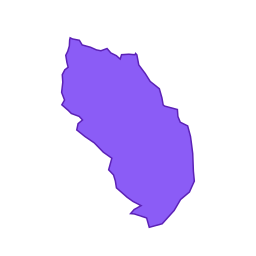 outline of Lasa, Paphos, Cyprus, rotated 346°
{"feature_id": "46923920B95604780188390", "entity_name": "Lasa", "entity_type": "district", "adm_level": 2, "iso_a3": "CYP", "parent_name": "Cyprus", "parent_adm1": "Paphos", "projection": "natural_earth1", "projection_center": [32.523, 34.936], "detail": "fine", "context": "isolated", "style": "filled", "palette": "violet", "viewbox_px": 256, "rotation_deg": 346, "n_neighbors": 0, "source": "geoboundaries", "source_scale": "gbopen_adm2", "svg_char_len": 1000}
<svg xmlns="http://www.w3.org/2000/svg" viewBox="0 0 256 256"><g transform="rotate(346 128 128)"><path d="M93.7,26.5L92.7,28.4L90.9,34.3L88.1,39.0L85.2,42.4L84.6,49.4L84.6,54.6L80.8,56.2L77.1,60.4L75.8,67.8L72.2,77.4L73.2,85.5L69.4,89.5L74.3,96.5L76.5,100.2L83.4,104.9L85.8,109.2L80.6,111.7L77.8,117.5L84.2,125.9L91.7,134.3L98.2,145.5L105.0,153.4L99.1,163.9L102.6,170.0L102.9,176.3L102.3,183.3L106.5,189.3L110.4,195.0L115.1,200.5L121.9,206.5L114.2,208.6L109.8,211.7L113.3,212.9L124.3,219.8L124.6,229.5L138.0,229.2L152.8,219.2L154.2,217.8L161.7,210.1L172.1,205.0L173.2,203.6L179.5,195.6L181.0,185.7L184.6,168.5L185.8,158.5L186.6,151.3L186.4,140.4L180.1,135.0L179.2,128.9L180.4,122.0L168.8,115.6L167.7,114.1L168.2,106.9L167.9,97.5L160.8,88.2L157.9,79.4L153.7,69.4L154.3,59.2L153.4,57.5L152.5,58.6L146.7,56.6L139.5,55.3L137.1,59.2L134.2,55.0L129.5,51.0L126.9,45.8L120.4,46.5L116.3,44.6L111.2,40.6L103.6,36.3L102.0,31.1L95.6,28.1L93.7,26.5Z" fill="#8b5cf6" stroke="#5b21b6" stroke-width="1.5"/></g></svg>